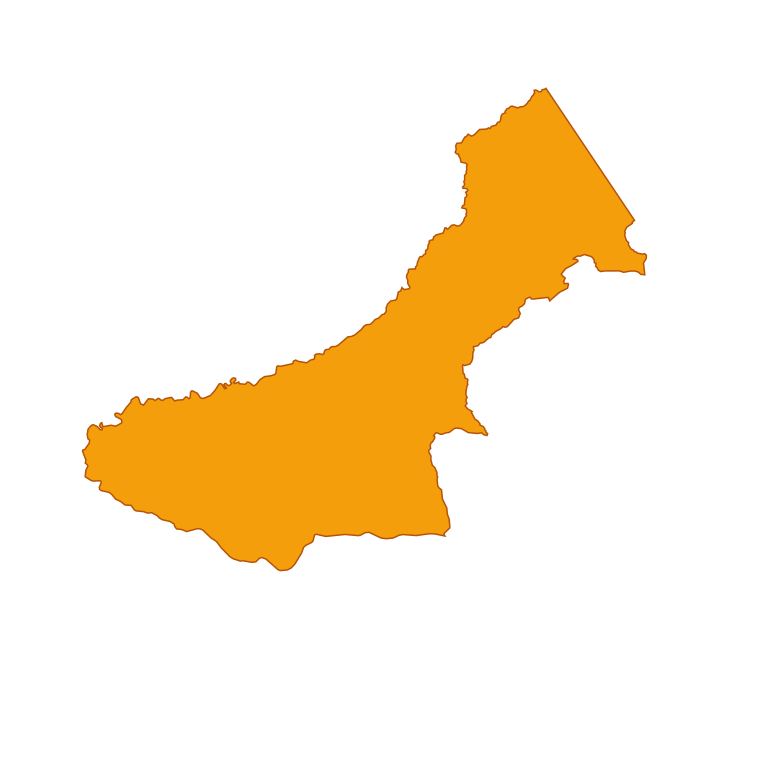 Bonfim, Roraima, Brazil, rotated 236°
{"feature_id": "56859067B6516364509135", "entity_name": "Bonfim", "entity_type": "district", "adm_level": 2, "iso_a3": "BRA", "parent_name": "Brazil", "parent_adm1": "Roraima", "projection": "mercator", "projection_center": [-60.06, 2.792], "detail": "fine", "context": "isolated", "style": "filled", "palette": "amber", "viewbox_px": 768, "rotation_deg": 236, "n_neighbors": 0, "source": "geoboundaries", "source_scale": "gbopen_adm2", "svg_char_len": 6150}
<svg xmlns="http://www.w3.org/2000/svg" viewBox="0 0 768 768"><g transform="rotate(236 384 384)"><path d="M223.9,349.5L225.9,349.6L226.6,350.7L227.8,357.7L228.7,358.7L235.6,362.5L240.7,363.7L246.0,366.7L255.8,368.1L264.2,372.5L267.1,371.5L269.5,371.6L275.8,375.0L277.0,376.6L278.5,376.7L281.0,378.4L286.4,379.4L289.6,378.6L295.2,380.6L298.0,382.7L302.8,383.1L304.0,384.2L304.5,386.7L306.8,387.6L308.8,389.8L308.9,391.9L310.8,395.7L311.9,396.6L313.3,396.2L314.4,399.0L314.0,400.6L310.8,402.7L309.8,404.2L309.0,407.8L307.4,411.0L307.8,417.5L306.8,419.6L303.7,423.2L296.6,426.7L290.7,433.8L289.1,437.4L285.8,438.6L283.7,440.6L284.9,442.2L286.9,441.6L288.3,442.3L289.4,441.9L290.4,442.5L293.2,442.5L296.4,440.6L297.4,441.3L300.8,441.1L304.0,439.8L311.7,440.6L312.0,441.7L316.6,439.4L320.5,439.1L321.6,442.1L323.3,442.1L324.9,443.1L325.9,443.9L326.2,445.4L329.2,445.8L332.4,448.2L336.1,451.9L336.8,453.3L338.4,453.8L340.6,455.9L342.0,455.7L343.3,454.5L347.5,456.1L348.6,455.6L354.7,459.0L355.7,460.2L354.1,461.3L352.5,466.4L353.6,469.2L355.7,471.9L360.0,475.0L361.8,477.5L364.9,478.9L363.2,483.3L364.2,487.0L363.2,488.2L362.8,490.4L363.6,496.5L362.9,498.5L364.9,501.4L364.5,502.9L365.1,505.8L364.5,511.9L365.1,514.7L363.3,516.2L362.6,518.4L364.9,527.9L363.5,532.5L366.3,536.4L370.4,537.1L371.8,538.9L371.4,542.3L372.0,545.4L375.2,548.7L374.7,552.7L374.0,553.8L372.1,553.7L371.0,555.2L364.5,567.6L363.7,568.6L360.3,567.8L361.9,581.0L360.8,589.7L363.5,592.7L364.6,592.7L366.2,589.7L368.5,590.2L370.5,593.5L374.5,592.3L376.0,592.5L378.1,599.2L377.3,605.6L377.2,613.3L378.4,613.9L380.0,613.0L381.7,610.9L382.2,612.4L381.8,616.1L380.2,618.3L379.3,622.5L374.0,626.9L372.0,627.6L369.1,627.5L366.9,626.2L365.6,627.3L363.1,625.3L360.8,625.7L358.6,625.3L356.1,626.5L354.3,630.2L346.3,642.2L342.6,645.2L339.7,651.6L337.4,655.1L334.9,657.2L331.2,658.3L328.7,661.3L339.1,666.7L341.4,671.6L344.0,673.5L346.3,673.0L347.2,670.8L350.9,667.2L352.2,667.0L353.8,665.5L355.3,665.8L357.9,664.2L363.1,664.6L364.3,665.8L367.5,665.2L372.6,666.6L374.1,668.3L375.9,668.9L378.2,672.7L378.3,679.6L379.3,680.2L379.5,683.2L538.6,683.6L538.5,682.0L539.6,679.6L538.7,678.5L538.7,677.4L539.4,676.0L542.8,674.4L543.5,672.7L540.8,671.4L540.7,670.2L539.8,669.2L539.9,667.8L537.5,663.4L537.8,662.2L536.6,659.8L535.9,655.2L537.6,651.8L538.2,649.2L542.4,645.9L543.3,644.5L542.9,641.3L543.4,640.1L542.4,636.9L541.0,636.3L541.6,633.0L540.8,631.1L537.3,627.9L536.7,626.6L537.3,624.3L536.0,621.6L537.5,617.0L536.5,615.0L537.8,614.0L538.1,611.4L541.6,605.5L540.1,598.3L540.5,595.2L544.1,593.4L543.1,590.5L543.5,589.0L540.6,583.2L542.8,578.8L541.3,576.6L537.9,574.9L536.4,572.6L534.4,572.8L532.8,574.3L531.8,573.6L528.5,573.4L524.9,571.9L521.4,575.2L519.2,575.7L518.3,574.2L515.1,572.2L514.2,570.8L512.6,570.3L511.9,567.5L508.1,565.0L507.1,563.3L504.6,562.6L503.6,561.1L503.3,559.2L502.0,558.9L500.3,561.4L498.2,562.1L497.4,561.1L497.3,558.9L494.2,558.3L493.2,557.0L493.2,555.4L487.7,550.9L487.7,548.5L486.5,547.0L483.5,549.7L482.3,549.7L479.9,548.3L478.9,546.8L477.5,546.6L476.6,543.6L474.4,540.8L473.0,536.5L473.2,534.5L474.1,533.0L476.8,531.1L477.8,528.6L476.7,524.1L477.3,522.9L478.8,522.8L479.3,521.7L476.1,517.6L478.4,510.6L478.2,507.5L476.2,505.1L477.3,502.7L477.1,501.1L475.9,500.8L474.5,498.2L471.6,495.9L471.3,493.1L468.7,491.3L469.0,489.9L468.3,486.6L469.2,485.5L469.2,484.3L466.1,479.7L463.9,477.6L463.4,475.7L461.9,474.4L465.2,468.9L464.6,467.6L463.1,466.8L462.0,464.3L460.2,462.5L456.7,461.7L454.0,459.9L449.6,459.5L448.9,458.0L451.1,453.4L453.9,452.8L451.9,450.0L452.2,447.3L447.6,442.3L447.1,440.6L449.1,435.9L448.2,431.6L446.1,428.5L443.0,426.5L441.8,423.3L442.6,421.4L441.7,416.5L442.4,412.4L441.5,409.4L441.2,405.8L443.0,402.6L443.2,399.8L441.8,395.4L441.0,387.3L441.6,383.6L443.3,380.4L441.8,367.8L442.2,364.7L444.1,361.8L444.3,360.2L443.5,357.7L445.0,355.1L444.8,353.4L442.7,350.8L442.7,349.7L445.0,347.6L446.8,344.4L446.5,342.2L445.2,341.9L443.7,339.8L445.0,336.2L444.8,331.8L450.7,325.6L453.2,324.2L453.6,321.7L451.9,319.7L456.5,308.1L458.4,306.1L458.3,304.7L453.6,300.6L452.9,299.1L454.0,295.0L456.9,289.1L457.0,283.6L455.1,277.9L455.3,274.9L460.8,273.1L462.0,271.8L461.4,268.7L465.2,264.2L466.9,264.7L467.9,260.4L469.2,260.1L470.2,263.3L471.6,264.1L473.2,262.7L473.5,261.1L472.8,258.6L471.4,257.7L469.8,258.0L469.1,255.6L470.0,253.8L472.9,253.2L473.4,252.1L472.9,250.9L468.7,251.0L469.2,249.3L474.6,249.4L475.7,248.8L476.2,247.2L473.3,240.6L471.5,233.7L473.1,226.0L475.2,224.1L480.6,224.1L485.3,221.5L485.9,220.5L485.3,218.9L481.6,216.1L480.8,215.1L481.0,214.0L483.4,213.3L484.2,212.4L483.3,208.6L486.2,203.7L487.0,201.0L491.7,200.4L494.3,194.3L494.0,192.1L495.0,190.3L497.7,189.4L498.4,188.6L498.3,185.0L500.8,184.0L503.5,180.3L501.0,172.9L503.7,171.1L509.9,172.7L511.5,172.1L512.1,170.8L512.3,165.9L510.4,163.7L508.8,157.7L505.9,150.3L505.9,148.5L508.3,147.3L509.8,145.4L509.5,143.9L507.2,143.3L501.8,146.2L500.3,146.2L498.4,144.7L499.0,138.1L502.5,134.6L505.5,127.6L506.8,127.4L509.7,128.4L509.9,126.9L508.4,124.8L506.9,124.8L504.9,125.8L503.8,124.5L504.6,123.3L509.5,122.3L512.7,120.3L513.3,119.0L513.0,116.5L512.0,113.4L508.1,109.7L504.1,107.9L502.1,108.6L499.7,106.4L497.0,99.2L497.7,97.3L496.8,96.5L487.6,94.4L485.4,92.1L483.1,92.9L481.4,92.5L479.1,88.5L474.2,84.4L467.6,87.3L465.9,89.0L462.5,94.6L461.2,94.9L460.2,94.2L457.7,90.3L455.7,89.3L453.7,90.0L447.9,95.5L444.4,96.6L438.6,97.1L434.2,99.8L428.6,101.6L424.7,106.5L419.3,106.6L417.5,107.5L412.4,113.5L409.2,115.8L407.2,119.4L401.7,122.4L398.7,122.8L395.6,124.2L389.7,129.7L385.5,131.6L382.2,130.8L379.8,131.0L376.7,134.7L372.0,137.9L368.5,148.2L366.9,150.4L364.3,152.1L353.1,154.5L347.2,157.0L339.0,157.5L327.3,159.6L323.5,161.2L317.5,165.9L316.5,168.0L310.1,174.7L308.7,177.2L308.3,178.8L309.2,183.5L308.3,185.8L304.8,188.3L289.3,192.3L287.3,193.7L283.9,199.9L283.4,204.1L284.5,209.3L290.0,221.2L293.6,226.1L293.9,229.2L293.1,235.4L293.6,237.4L297.7,242.1L297.3,243.8L290.2,250.5L281.1,267.5L272.6,278.0L271.7,280.5L271.3,285.1L269.5,288.6L258.2,295.3L254.7,299.0L251.2,305.4L250.1,312.2L248.4,315.8L240.3,326.0L234.6,337.7L231.3,342.3L223.9,349.5Z" fill="#f59e0b" stroke="#b45309" stroke-width="1.5"/></g></svg>